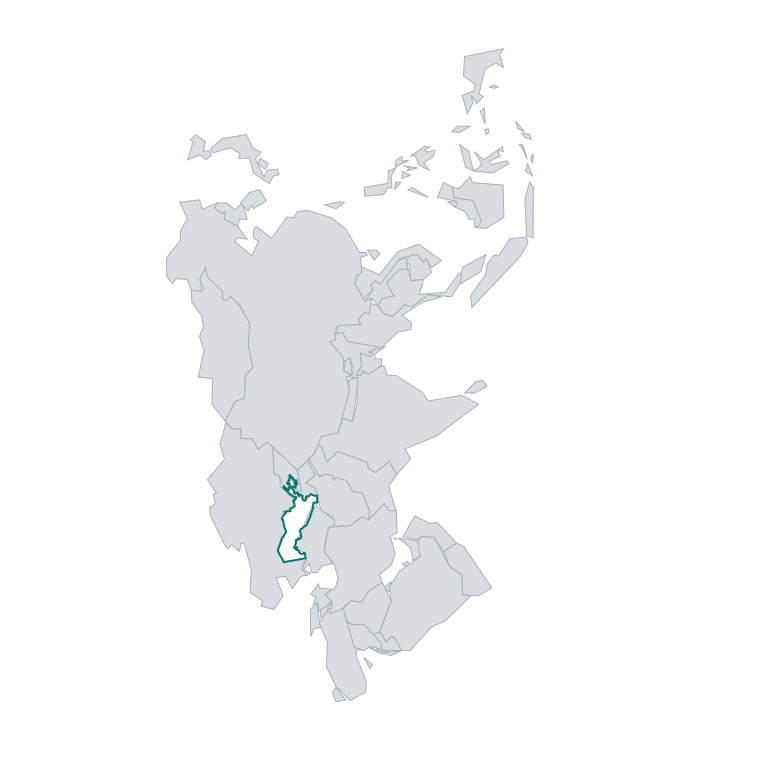 where Uzbekistan sits in Asia, rotated 257°
{"feature_id": "UZB", "entity_name": "Uzbekistan", "entity_type": "country or territory", "adm_level": 0, "iso_a3": "UZB", "parent_name": "Asia", "parent_adm1": "", "projection": "robinson", "projection_center": [66.075, 41.364], "detail": "fine", "context": "in_parent", "style": "outline", "palette": "teal", "viewbox_px": 768, "rotation_deg": 257, "n_neighbors": 45, "source": "natural_earth", "source_scale": "50m", "svg_char_len": 18324}
<svg xmlns="http://www.w3.org/2000/svg" viewBox="0 0 768 768"><g transform="rotate(257 384 384)"><path d="M381.7,221.3L374.6,225.8L372.6,234.4L363.0,232.5L360.5,243.1L348.7,246.9L353.8,257.3L351.2,262.3L321.3,256.6L317.9,261.4L306.6,260.2L294.3,272.5L284.8,269.5L281.8,258.4L275.9,254.0L261.9,255.4L245.2,242.9L232.7,246.4L231.8,268.6L222.9,262.5L214.9,265.7L215.3,259.7L205.4,248.7L218.8,244.8L219.5,235.3L200.4,238.0L189.0,226.2L195.3,214.0L199.8,217.3L211.0,206.7L233.5,213.0L259.6,211.9L260.9,209.2L253.5,205.2L261.7,199.2L258.5,195.2L260.6,193.2L295.1,185.3L303.2,186.5L304.8,192.5L315.3,193.1L315.1,196.3L330.5,190.4L346.5,211.6L361.9,210.4L381.7,221.3Z" fill="#d9dde1" stroke="#a8b0b8" stroke-width="1"/><path d="M684.9,536.2L683.8,575.9L679.2,570.9L665.6,571.6L671.5,564.9L668.0,553.2L645.3,541.9L641.6,545.4L636.4,537.5L645.7,533.8L637.8,533.8L628.7,526.0L647.4,525.1L649.5,537.2L655.0,540.8L665.9,530.7L684.9,536.2ZM597.6,574.5L594.5,582.1L589.2,582.7L592.2,576.9L597.6,574.5ZM647.7,562.3L647.3,557.8L649.6,553.5L650.6,558.2L647.7,562.3ZM560.4,495.1L557.4,500.6L566.6,514.8L560.3,515.5L551.1,544.8L519.3,538.2L512.6,517.8L516.3,508.1L521.0,515.6L538.7,512.9L543.0,511.6L549.5,494.0L560.4,495.1ZM614.3,541.0L628.2,539.2L630.1,543.8L614.3,541.0ZM608.8,543.4L605.1,542.3L604.1,539.7L609.5,539.4L608.8,543.4ZM614.6,507.0L618.8,513.4L615.7,525.8L611.9,514.1L614.6,507.0ZM576.8,512.3L600.2,511.6L591.9,518.9L573.1,518.9L572.3,523.5L577.0,528.9L590.0,524.1L580.1,531.9L588.6,552.9L583.7,552.5L586.4,547.5L579.7,548.2L577.1,536.3L573.5,538.2L573.9,554.0L570.5,554.9L565.2,537.4L571.2,519.4L576.8,512.3ZM574.9,581.1L565.3,578.6L570.4,577.4L574.9,581.1ZM570.6,574.0L581.8,571.9L586.7,569.7L585.8,573.0L570.6,574.0ZM559.9,569.7L566.3,573.4L553.5,575.4L559.9,569.7ZM496.5,556.3L531.7,562.7L548.0,571.3L541.8,573.7L492.7,562.1L496.5,556.3ZM482.9,524.6L497.1,539.0L495.3,556.0L489.3,556.1L478.1,546.0L438.8,486.9L450.6,488.3L467.7,507.5L477.8,511.8L485.0,519.7L482.9,524.6Z" fill="#d9dde1" stroke="#a8b0b8" stroke-width="1"/><path d="M598.2,577.6L603.0,571.7L610.4,571.5L598.2,577.6Z" fill="#d9dde1" stroke="#a8b0b8" stroke-width="1"/><path d="M127.1,317.4L121.9,326.0L120.3,340.4L117.9,329.9L123.2,318.6L127.1,317.4Z" fill="#d9dde1" stroke="#a8b0b8" stroke-width="1"/><path d="M131.6,311.8L123.4,318.5L131.0,309.4L131.6,311.8Z" fill="#d9dde1" stroke="#a8b0b8" stroke-width="1"/><path d="M125.1,322.8L121.4,329.1L123.4,321.9L125.1,322.8Z" fill="#d9dde1" stroke="#a8b0b8" stroke-width="1"/><path d="M125.1,322.8L142.3,316.8L143.7,324.2L132.1,328.2L136.7,334.3L126.2,342.3L120.3,340.4L125.1,322.8Z" fill="#d9dde1" stroke="#a8b0b8" stroke-width="1"/><path d="M205.6,372.5L218.3,373.2L230.3,363.5L223.4,383.1L207.6,380.1L205.6,372.5Z" fill="#d9dde1" stroke="#a8b0b8" stroke-width="1"/><path d="M201.6,369.4L201.4,364.9L204.4,361.1L205.9,366.5L201.6,369.4Z" fill="#d9dde1" stroke="#a8b0b8" stroke-width="1"/><path d="M184.6,337.0L190.0,346.2L180.5,342.9L184.6,337.0Z" fill="#d9dde1" stroke="#a8b0b8" stroke-width="1"/><path d="M143.7,324.2L142.3,316.8L154.1,310.4L156.6,298.6L164.6,292.4L174.5,293.7L180.4,302.8L176.4,313.2L185.6,322.3L191.1,337.8L170.9,342.4L143.7,324.2Z" fill="#d9dde1" stroke="#a8b0b8" stroke-width="1"/><path d="M224.4,381.8L230.9,368.3L248.6,384.3L238.0,396.9L237.2,404.8L212.7,418.8L207.1,404.4L223.1,398.4L226.8,386.2L224.4,381.8ZM231.6,359.9L229.4,361.4L230.9,359.4L231.6,359.9Z" fill="#d9dde1" stroke="#a8b0b8" stroke-width="1"/><path d="M476.9,446.0L478.7,433.6L495.0,435.7L497.3,431.5L503.5,437.8L503.1,445.1L494.3,449.8L496.8,453.5L482.2,455.5L476.9,446.0Z" fill="#d9dde1" stroke="#a8b0b8" stroke-width="1"/><path d="M490.5,433.3L478.7,433.6L476.9,446.0L463.4,438.6L459.5,464.0L475.5,482.4L470.2,485.6L453.8,469.4L461.0,447.8L452.9,428.1L456.4,421.7L447.7,407.8L452.0,400.1L461.6,395.8L468.1,401.6L467.5,413.5L478.6,408.7L486.9,414.0L492.2,425.4L490.5,433.3Z" fill="#d9dde1" stroke="#a8b0b8" stroke-width="1"/><path d="M502.1,433.7L490.5,433.3L492.2,425.4L482.6,409.1L467.5,413.5L468.1,401.6L461.6,395.8L470.2,391.2L469.0,384.2L477.8,393.7L484.3,393.7L486.7,399.0L482.0,402.8L501.2,423.3L502.1,433.7Z" fill="#d9dde1" stroke="#a8b0b8" stroke-width="1"/><path d="M461.6,395.8L452.0,400.1L447.7,407.8L456.4,421.7L452.9,428.1L461.0,447.8L455.8,459.7L455.0,440.3L446.9,417.1L437.7,424.5L431.3,422.5L431.5,409.2L420.0,389.4L433.3,358.3L443.5,355.2L444.0,348.0L451.4,352.6L447.2,374.6L452.7,373.6L457.7,380.4L456.4,385.4L466.6,387.1L461.6,395.8Z" fill="#d9dde1" stroke="#a8b0b8" stroke-width="1"/><path d="M486.7,456.4L496.8,453.5L494.3,449.8L503.1,445.1L502.8,427.6L482.0,402.8L486.7,399.0L484.3,393.7L477.8,393.7L471.7,383.3L488.0,377.9L503.1,388.9L491.4,404.1L509.8,427.2L512.4,449.2L491.4,467.9L486.7,456.4Z" fill="#d9dde1" stroke="#a8b0b8" stroke-width="1"/><path d="M597.9,262.1L596.0,271.2L587.1,278.0L592.4,286.4L575.2,288.0L576.9,280.2L570.6,276.9L573.6,273.1L580.4,265.5L587.6,267.7L585.9,264.5L593.7,258.5L597.9,262.1Z" fill="#d9dde1" stroke="#a8b0b8" stroke-width="1"/><path d="M583.1,290.2L592.7,284.9L600.9,296.0L601.5,306.4L589.1,310.6L584.2,296.4L587.7,295.4L583.1,290.2Z" fill="#d9dde1" stroke="#a8b0b8" stroke-width="1"/><path d="M383.4,220.8L403.2,211.9L427.7,218.2L432.5,204.7L457.3,216.1L472.0,215.0L480.8,220.9L491.3,221.8L507.0,215.2L518.4,217.3L517.3,230.1L527.8,228.1L537.5,234.2L510.7,247.5L502.6,245.7L500.9,249.6L504.1,253.9L498.3,259.2L473.0,266.9L451.7,260.4L429.7,260.1L423.4,250.9L401.5,244.7L400.4,235.1L383.4,220.8Z" fill="#d9dde1" stroke="#a8b0b8" stroke-width="1"/><path d="M444.0,348.0L443.5,355.2L433.3,358.3L421.8,385.9L418.6,376.2L416.5,380.1L413.5,377.0L419.5,368.0L406.5,366.2L399.0,359.0L397.4,363.2L401.4,366.4L397.1,370.9L400.4,372.5L402.0,388.0L391.9,389.2L389.7,397.4L367.4,419.3L357.5,423.4L355.5,457.1L343.2,471.7L321.4,422.8L316.2,390.1L304.9,393.0L292.7,375.8L307.7,371.8L299.6,356.0L305.3,349.6L311.3,350.1L328.7,323.5L320.7,311.0L336.5,309.0L341.2,303.9L347.0,311.0L346.8,328.1L359.3,336.3L354.3,344.7L371.4,353.4L396.4,359.2L399.4,349.0L400.3,355.1L405.1,357.4L417.0,356.7L414.9,351.0L437.2,340.7L438.3,347.1L444.0,348.0Z" fill="#d9dde1" stroke="#a8b0b8" stroke-width="1"/><path d="M418.6,376.2L420.6,394.3L415.0,381.5L410.2,381.2L409.2,387.2L402.6,385.8L397.1,370.9L401.4,366.4L397.4,363.2L399.0,359.0L406.5,366.2L419.5,368.0L413.5,377.0L416.5,380.1L418.6,376.2Z" fill="#d9dde1" stroke="#a8b0b8" stroke-width="1"/><path d="M414.9,351.0L417.0,356.7L400.3,355.1L406.0,347.8L414.9,351.0Z" fill="#d9dde1" stroke="#a8b0b8" stroke-width="1"/><path d="M396.3,350.3L396.4,359.2L392.1,359.3L354.3,344.7L361.4,334.8L384.3,348.3L396.3,350.3Z" fill="#d9dde1" stroke="#a8b0b8" stroke-width="1"/><path d="M341.2,303.9L336.5,309.0L320.7,311.0L328.7,323.5L311.3,350.1L305.3,349.6L299.6,356.0L307.7,371.8L292.7,375.8L283.2,365.3L257.7,367.4L259.7,360.3L267.3,357.2L254.7,338.4L263.4,341.5L283.1,338.1L286.1,329.4L298.3,325.8L310.8,297.7L327.3,293.9L332.8,301.4L341.2,303.9Z" fill="#d9dde1" stroke="#a8b0b8" stroke-width="1"/><path d="M275.0,294.1L297.3,293.8L305.3,285.7L310.7,296.3L317.7,291.7L327.3,293.9L307.9,300.4L309.7,306.0L306.1,313.1L301.3,312.9L303.4,316.9L298.3,325.8L286.1,329.4L283.1,338.1L263.4,341.5L254.7,338.4L259.5,332.9L253.3,319.2L257.0,302.9L266.0,304.4L275.0,294.1Z" fill="#d9dde1" stroke="#a8b0b8" stroke-width="1"/><path d="M290.5,293.9L293.2,287.7L289.7,279.0L304.3,270.7L306.1,275.0L298.5,279.4L319.5,280.0L326.4,292.2L310.7,296.3L305.3,285.7L297.3,293.8L290.5,293.9Z" fill="#d9dde1" stroke="#a8b0b8" stroke-width="1"/><path d="M305.6,262.8L317.9,261.4L321.3,256.6L351.2,262.3L319.5,280.0L298.5,279.4L298.9,275.9L316.1,271.3L303.0,267.3L305.6,262.8Z" fill="#d9dde1" stroke="#a8b0b8" stroke-width="1"/><path d="M214.9,265.7L222.9,262.5L229.3,268.9L237.4,268.5L245.2,259.9L284.0,288.8L283.9,292.5L280.0,290.7L262.2,305.2L257.0,302.9L256.7,297.8L237.8,288.5L220.5,293.5L220.8,282.9L215.2,276.3L216.6,271.2L225.7,270.8L221.0,263.7L216.2,269.7L214.9,265.7Z" fill="#d9dde1" stroke="#a8b0b8" stroke-width="1"/><path d="M191.1,337.8L185.6,322.3L176.4,313.2L180.4,302.8L172.2,288.8L172.3,280.0L182.1,284.1L192.0,279.0L196.9,291.2L204.9,295.5L220.0,294.9L234.3,287.9L256.7,297.8L253.3,319.2L259.5,332.9L254.7,338.4L267.3,357.2L259.7,360.3L257.7,367.4L236.3,363.4L234.2,355.9L216.0,356.8L206.0,350.4L199.2,336.5L191.1,337.8Z" fill="#d9dde1" stroke="#a8b0b8" stroke-width="1"/><path d="M126.2,320.9L131.6,311.8L128.7,304.4L133.9,295.8L162.4,293.3L156.6,298.6L154.1,310.4L131.7,323.3L126.2,320.9Z" fill="#d9dde1" stroke="#a8b0b8" stroke-width="1"/><path d="M184.0,284.0L170.5,275.0L170.7,269.9L180.3,271.6L184.0,284.0Z" fill="#d9dde1" stroke="#a8b0b8" stroke-width="1"/><path d="M174.5,293.7L133.9,295.8L130.3,301.9L130.9,296.9L123.7,296.0L97.9,299.9L87.9,296.8L83.1,279.8L100.0,269.1L121.8,264.3L144.7,270.8L166.2,267.0L175.9,278.2L172.3,280.0L174.5,293.7ZM85.3,265.5L94.7,264.4L98.9,268.7L84.7,275.6L85.3,265.5Z" fill="#d9dde1" stroke="#a8b0b8" stroke-width="1"/><path d="M366.0,474.4L365.3,480.8L358.4,483.9L354.8,470.3L357.1,460.4L366.0,474.4Z" fill="#d9dde1" stroke="#a8b0b8" stroke-width="1"/><path d="M511.9,409.3L507.0,402.2L518.2,397.9L516.3,406.4L511.9,409.3ZM319.5,280.0L353.8,257.3L348.7,246.9L360.5,243.1L363.0,232.5L372.6,234.4L374.6,225.8L383.4,220.8L400.4,235.1L401.5,244.7L423.4,250.9L429.7,260.1L451.7,260.4L473.0,266.9L493.0,261.3L504.1,253.9L500.9,249.6L502.6,245.7L510.7,247.5L526.9,236.4L537.6,236.3L527.8,228.1L515.4,227.7L518.4,217.3L530.1,215.8L533.4,205.1L529.3,200.5L537.4,196.6L555.6,200.3L570.0,218.0L578.7,219.9L589.5,229.8L607.2,225.7L604.9,245.5L595.2,246.5L597.9,262.1L593.7,258.5L585.9,264.5L587.6,267.7L580.4,265.5L570.6,276.9L555.9,283.2L559.5,274.0L556.0,270.8L538.6,284.2L551.3,293.8L556.1,289.4L564.3,292.0L565.8,295.2L551.2,307.4L568.6,327.1L566.3,333.3L571.4,338.4L570.6,348.2L557.5,370.6L543.8,381.4L517.6,389.8L516.2,396.3L513.3,396.6L512.7,389.8L497.7,387.3L495.6,381.3L488.0,377.9L469.0,384.2L470.2,391.2L456.4,385.4L457.7,380.4L452.7,373.6L447.2,374.6L451.4,352.6L447.0,347.5L438.3,347.1L437.2,340.7L419.1,350.2L406.0,347.8L400.1,353.8L399.4,349.0L384.3,348.3L346.8,328.1L347.0,311.0L332.8,301.4L319.5,280.0Z" fill="#d9dde1" stroke="#a8b0b8" stroke-width="1"/><path d="M571.9,366.1L571.6,381.3L569.8,386.3L565.6,376.7L571.9,366.1Z" fill="#d9dde1" stroke="#a8b0b8" stroke-width="1"/><path d="M185.0,265.3L191.6,269.6L195.7,265.6L203.9,275.0L199.8,275.4L195.7,286.7L192.0,279.0L184.0,284.0L180.0,277.1L177.6,269.0L185.1,270.1L185.0,265.3ZM182.1,284.1L178.8,283.3L175.9,278.2L180.5,279.7L182.1,284.1Z" fill="#d9dde1" stroke="#a8b0b8" stroke-width="1"/><path d="M154.4,255.8L180.8,261.4L185.8,269.4L161.0,267.2L161.2,260.6L154.4,255.8Z" fill="#d9dde1" stroke="#a8b0b8" stroke-width="1"/><path d="M576.8,445.9L571.4,438.2L578.0,440.6L576.8,445.9ZM587.0,465.3L586.3,453.9L588.6,457.7L592.2,451.8L587.0,465.3ZM599.8,460.8L606.4,476.5L604.8,482.0L602.6,475.8L600.2,478.9L600.6,486.3L594.2,482.7L590.6,472.5L581.6,476.4L589.7,467.3L600.3,465.5L599.8,460.8ZM568.9,455.9L555.9,469.3L567.7,451.0L568.9,455.9ZM580.1,409.2L578.6,432.9L590.7,436.3L591.8,443.9L585.3,437.7L572.9,435.8L574.6,431.7L568.6,426.4L571.4,407.5L580.1,409.2ZM581.4,456.6L580.3,447.8L587.0,449.7L581.4,456.6ZM599.5,446.1L601.4,452.9L597.2,451.3L596.5,458.5L592.8,443.7L599.5,446.1Z" fill="#d9dde1" stroke="#a8b0b8" stroke-width="1"/><path d="M464.4,480.9L480.0,486.6L487.1,512.4L471.7,503.5L464.4,480.9ZM560.4,495.1L549.5,494.0L543.0,511.6L521.0,515.6L517.2,512.1L516.3,508.1L524.4,509.0L525.4,503.9L534.2,501.4L540.6,492.7L546.7,494.0L553.7,478.1L567.2,487.3L560.4,495.1Z" fill="#d9dde1" stroke="#a8b0b8" stroke-width="1"/><path d="M547.2,487.1L546.7,494.0L543.0,495.9L540.6,492.7L547.2,487.1Z" fill="#d9dde1" stroke="#a8b0b8" stroke-width="1"/><path d="M659.4,281.5L658.1,306.0L643.4,309.3L637.6,316.2L632.5,309.3L612.6,313.7L618.7,318.2L617.3,328.5L611.5,328.7L611.7,323.2L605.2,317.3L618.9,304.3L634.2,303.7L636.7,292.9L640.8,295.8L648.7,287.3L647.7,269.3L652.6,268.2L659.4,281.5ZM663.0,252.6L665.5,250.1L669.0,256.8L660.2,264.5L651.1,260.3L650.7,266.9L645.2,267.0L642.5,261.0L648.5,256.1L646.7,243.1L663.0,252.6ZM620.2,316.3L626.9,310.8L632.0,314.2L624.4,320.9L620.2,316.3Z" fill="#d9dde1" stroke="#a8b0b8" stroke-width="1"/><path d="M207.1,404.4L212.7,418.8L207.6,425.2L160.9,443.2L156.5,427.5L161.1,413.1L180.2,416.9L191.7,406.8L207.1,404.4Z" fill="#d9dde1" stroke="#a8b0b8" stroke-width="1"/><path d="M120.5,341.3L133.9,337.4L136.7,334.3L132.1,328.2L143.7,324.2L170.9,342.4L185.1,343.5L198.6,357.6L207.6,380.1L224.4,381.8L226.8,386.2L223.1,398.4L191.7,406.8L180.2,416.9L161.1,413.1L157.7,420.6L139.5,390.5L136.7,375.9L118.2,349.2L120.5,341.3Z" fill="#d9dde1" stroke="#a8b0b8" stroke-width="1"/><path d="M122.2,302.8L113.3,309.5L110.0,306.3L122.2,302.8Z" fill="#d9dde1" stroke="#a8b0b8" stroke-width="1"/><path d="M305.5,262.9L306.0,262.7L306.4,262.9L306.8,263.2L306.9,263.3L306.9,263.5L306.0,264.0L305.4,264.2L305.1,264.3L304.9,264.9L304.5,265.0L304.0,265.2L303.7,265.5L303.2,266.1L301.9,267.0L302.0,267.4L302.4,267.5L303.0,267.8L303.3,268.0L304.2,267.7L304.4,267.8L304.6,268.1L304.9,268.9L305.2,269.1L305.7,269.3L306.1,269.3L306.5,269.5L307.0,269.6L307.4,269.6L307.9,269.7L308.0,269.6L308.0,268.4L308.4,268.6L308.6,268.6L308.8,268.5L308.9,268.3L309.0,267.8L308.9,267.4L309.0,267.2L309.3,267.3L309.3,267.7L309.6,267.9L309.8,268.0L310.0,268.3L310.1,268.6L310.3,269.3L310.7,269.3L311.1,269.5L311.4,269.3L311.7,269.4L311.8,269.8L311.8,270.1L311.8,270.3L312.3,270.2L312.7,270.2L313.0,270.4L313.4,270.6L314.0,271.2L314.2,271.3L315.0,271.3L315.5,271.4L315.8,271.3L316.5,271.5L316.4,271.8L314.8,272.6L314.7,272.8L314.3,273.1L314.0,273.3L313.8,273.3L313.0,273.0L312.9,273.1L312.8,273.4L313.0,273.7L312.9,273.9L312.8,274.1L312.2,273.9L311.9,273.8L311.6,273.9L311.1,274.4L310.9,274.8L310.5,275.0L310.3,275.1L309.9,275.4L309.5,275.6L309.4,275.4L309.3,275.2L309.2,275.2L308.9,275.2L308.6,275.2L308.3,275.0L307.9,274.8L307.6,274.8L306.5,274.9L306.0,275.0L305.9,275.1L305.6,275.1L304.3,275.3L304.1,275.2L303.9,274.9L303.7,274.5L303.4,274.4L303.1,274.3L302.9,274.2L303.0,273.9L304.5,272.5L304.6,272.4L304.8,272.1L304.2,271.8L304.2,271.7L304.3,271.6L304.3,271.4L303.9,271.0L303.2,270.3L302.9,270.3L302.6,271.0L301.7,271.6L299.9,272.4L299.6,272.5L299.4,272.5L299.2,272.4L298.6,271.9L298.1,271.7L297.9,271.9L297.6,272.1L297.7,272.7L297.4,273.0L297.1,273.1L297.6,274.5L297.2,274.8L297.5,275.3L297.3,275.4L296.7,275.2L295.9,275.2L294.4,275.4L294.3,275.5L295.1,275.7L295.8,275.7L296.0,275.8L296.0,276.0L295.9,276.1L295.7,276.1L295.2,276.2L295.1,276.3L295.3,276.7L295.5,276.9L295.5,277.1L295.4,277.2L295.2,277.1L295.0,277.4L294.9,277.5L294.6,277.4L294.4,277.5L294.2,278.1L294.1,278.7L293.7,279.2L293.5,279.3L293.2,279.4L292.7,279.3L292.4,279.2L291.6,279.1L290.8,279.0L289.8,278.8L288.9,279.2L288.7,279.4L288.5,279.6L288.4,279.7L288.0,281.1L288.0,281.3L288.3,281.4L289.3,281.7L289.5,281.8L289.6,282.5L290.1,282.7L290.6,282.7L291.0,282.6L291.5,282.7L291.8,282.8L291.9,283.0L292.0,283.2L291.5,284.6L291.5,285.1L291.7,285.8L292.0,286.3L292.5,286.9L292.9,287.2L293.0,287.4L293.1,287.6L293.0,287.9L292.8,288.5L292.5,288.9L292.2,289.1L291.7,289.7L291.4,290.4L290.6,291.3L290.4,291.8L290.3,293.2L290.1,293.7L289.8,293.4L289.4,293.4L289.0,293.3L288.9,293.1L288.5,293.2L287.9,293.5L287.3,293.3L286.6,292.7L285.4,292.5L283.9,292.6L283.8,291.9L283.8,291.1L283.9,290.0L284.4,289.1L284.4,288.9L284.3,288.7L284.1,288.6L283.2,288.3L283.0,288.2L282.6,287.9L282.1,287.6L281.7,287.4L281.1,287.2L280.6,287.0L280.2,287.1L279.9,287.3L279.6,287.3L279.3,287.2L278.3,286.5L276.7,285.4L275.4,284.6L274.6,284.2L274.4,284.1L273.9,283.7L272.8,282.7L272.1,282.9L271.1,282.2L270.1,281.6L269.9,281.4L268.9,280.3L266.6,278.7L264.6,277.4L264.0,276.8L263.8,276.6L263.6,276.3L263.3,274.5L262.9,273.7L262.4,273.2L262.0,272.4L261.6,271.1L261.3,270.3L261.1,269.9L260.6,269.5L259.8,269.0L259.1,268.8L258.8,268.8L258.7,268.9L258.2,269.3L257.8,269.3L257.5,269.3L257.2,269.2L256.3,269.1L256.0,269.0L255.4,269.0L254.2,269.2L253.9,269.1L252.7,268.4L252.2,268.1L252.1,267.9L252.1,267.6L252.3,267.2L252.4,266.9L252.4,266.6L252.1,266.2L252.2,265.9L252.3,265.7L252.7,265.8L252.8,265.6L252.7,265.4L252.3,265.0L251.6,264.7L251.7,264.3L251.7,264.0L251.8,263.6L251.9,263.4L251.8,263.2L251.6,263.0L251.2,262.7L250.7,262.6L249.2,262.6L248.7,262.5L248.3,262.3L248.0,261.5L247.8,261.4L247.6,261.3L247.2,261.3L246.7,261.2L246.4,261.1L245.7,260.4L245.1,259.7L244.8,260.3L244.5,260.4L243.9,260.4L243.4,260.3L243.2,260.4L242.9,260.7L242.9,260.8L243.1,261.0L243.5,261.3L244.1,262.0L244.4,262.4L244.5,262.5L244.4,262.6L244.0,262.7L243.9,262.6L243.9,262.4L243.7,262.0L243.5,261.9L243.2,261.7L242.9,261.7L242.5,261.5L242.3,261.5L242.0,261.7L241.8,261.9L241.7,262.4L241.3,263.0L241.1,263.3L240.5,263.4L239.0,263.5L238.6,263.7L238.2,263.9L237.6,264.7L237.2,265.0L236.9,265.3L236.9,266.4L237.0,267.8L237.3,268.1L237.5,268.2L237.5,268.4L237.2,268.6L237.0,268.9L236.7,268.9L236.2,268.8L235.8,268.7L231.9,268.5L232.0,265.8L232.8,249.2L232.9,246.4L240.2,244.3L245.0,243.1L245.5,243.1L246.0,243.3L249.3,245.3L251.9,246.9L252.5,247.3L257.1,250.0L257.4,250.3L257.5,250.9L257.8,251.4L258.3,251.9L258.9,252.4L260.0,253.6L261.8,255.4L262.2,255.5L267.7,254.6L273.7,255.1L275.5,254.2L276.0,254.1L276.4,254.5L277.2,255.4L277.7,255.9L278.8,256.5L280.3,259.2L281.8,258.5L281.7,259.8L281.5,261.6L281.4,262.5L281.3,264.4L283.7,264.5L283.8,265.1L283.9,266.0L284.2,267.5L284.6,268.8L284.8,269.4L285.0,269.5L285.3,269.6L289.8,269.3L290.2,269.5L290.5,269.4L290.8,269.3L291.2,269.9L291.4,270.1L291.7,270.3L291.4,271.3L291.4,271.6L291.7,272.0L292.0,272.1L292.6,272.5L293.2,272.8L293.6,272.8L294.0,272.7L294.1,272.2L293.9,271.9L293.9,271.5L294.0,271.2L294.8,270.2L295.3,269.7L296.0,269.2L296.3,268.9L296.4,268.3L296.8,267.9L297.3,267.7L297.9,267.5L298.0,267.2L298.8,266.7L299.3,266.4L299.9,266.3L300.7,265.9L301.4,265.5L302.0,264.8L302.5,264.3L302.9,264.0L303.3,264.0L303.6,264.2L303.8,264.2L304.2,263.8L304.4,263.4L304.6,263.3L305.1,263.2L305.5,262.9ZM304.3,270.9L304.2,270.7L303.8,270.3L303.7,270.4L303.8,270.6L304.1,270.9L304.3,270.9ZM307.1,277.2L306.9,277.2L306.4,277.2L306.2,277.1L306.3,276.6L306.2,276.5L306.0,276.3L305.9,276.0L306.0,275.7L306.5,276.0L307.2,276.2L307.0,276.6L307.2,277.1L307.1,277.2ZM310.0,276.8L309.8,277.1L309.6,277.0L309.4,276.8L309.5,276.7L309.8,276.6L310.0,276.5L310.0,276.8Z" fill="none" stroke="#0f766e" stroke-width="2"/></g></svg>